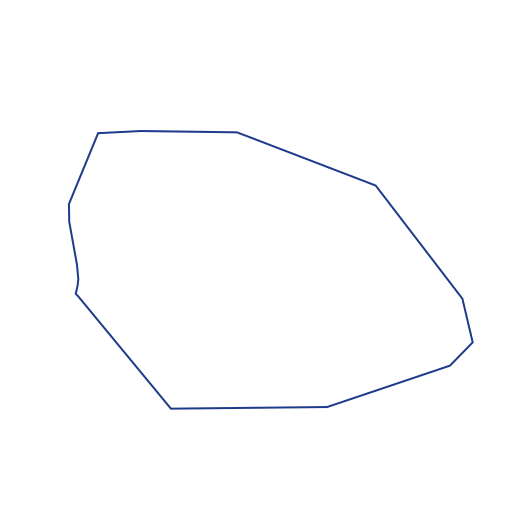 Dalanzadgad, Ömnögovi, Mongolia, rotated 252°
{"feature_id": "93677404B10446794731607", "entity_name": "Dalanzadgad", "entity_type": "district", "adm_level": 2, "iso_a3": "MNG", "parent_name": "Mongolia", "parent_adm1": "Ömnögovi", "projection": "albers", "projection_center": [104.434, 43.574], "detail": "fine", "context": "isolated", "style": "outline", "palette": "blue", "viewbox_px": 512, "rotation_deg": 252, "n_neighbors": 0, "source": "geoboundaries", "source_scale": "gbopen_adm2", "svg_char_len": 373}
<svg xmlns="http://www.w3.org/2000/svg" viewBox="0 0 512 512"><g transform="rotate(252 256 256)"><path d="M286.0,391.6L315.0,355.8L379.5,276.1L410.6,184.6L421.6,143.8L363.3,94.2L346.5,89.0L302.8,83.0L288.7,79.8L282.6,77.0L275.9,72.9L271.9,74.7L137.1,127.9L90.4,276.9L91.8,406.6L106.9,435.4L151.6,439.1L286.0,391.6Z" fill="none" stroke="#1e3a8a" stroke-width="2"/></g></svg>